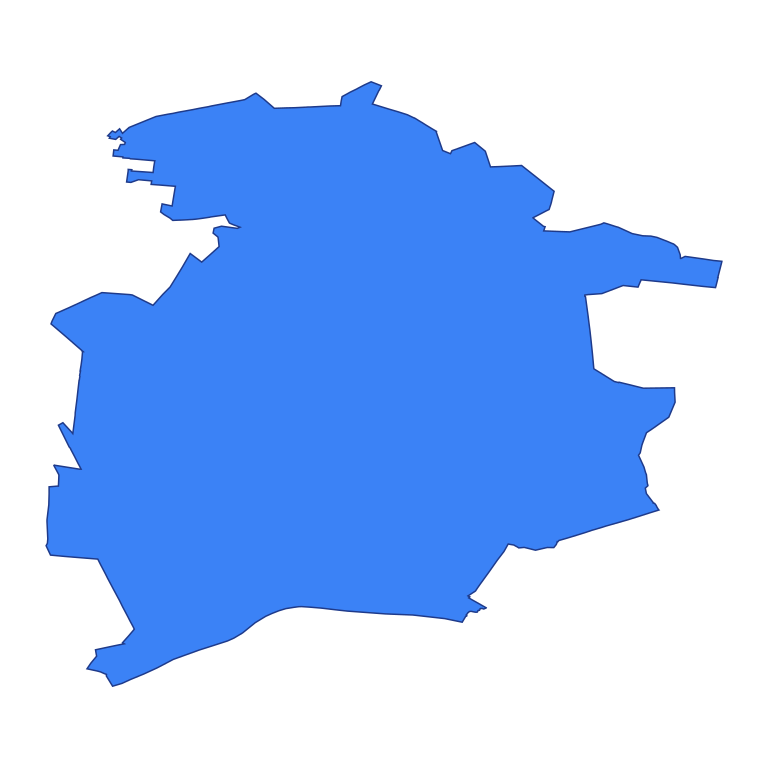 outline of Skrīveru pag., Skriveru, Latvia
{"feature_id": "27541924B66857212863076", "entity_name": "Skrīveru pag.", "entity_type": "district", "adm_level": 2, "iso_a3": "LVA", "parent_name": "Latvia", "parent_adm1": "Skriveru", "projection": "natural_earth1", "projection_center": [25.099, 56.672], "detail": "fine", "context": "isolated", "style": "filled", "palette": "blue", "viewbox_px": 768, "rotation_deg": 0, "n_neighbors": 0, "source": "geoboundaries", "source_scale": "gbopen_adm2", "svg_char_len": 5986}
<svg xmlns="http://www.w3.org/2000/svg" viewBox="0 0 768 768"><path d="M462.2,622.2L465.5,616.7L465.7,616.3L466.1,616.1L466.6,616.1L466.8,615.4L466.4,615.1L466.3,614.7L466.7,614.4L467.2,613.8L467.6,613.2L467.7,612.9L468.6,612.3L469.0,611.8L469.9,611.4L470.7,611.4L471.8,611.4L472.3,611.6L472.8,611.7L473.3,611.8L475.4,612.2L477.1,612.2L477.6,611.7L477.7,611.2L478.0,610.6L478.4,610.3L478.8,610.4L479.4,610.3L479.6,610.1L479.9,609.5L479.9,609.1L480.2,608.8L480.3,608.6L480.5,608.5L480.8,608.5L481.5,608.5L481.8,608.5L482.4,608.5L483.2,608.9L483.6,609.0L483.8,609.0L484.9,608.5L485.8,608.2L486.1,608.0L486.2,607.8L468.7,597.9L469.8,596.9L468.0,595.9L475.5,591.0L477.2,588.4L480.0,584.4L489.2,571.7L497.3,560.2L498.6,558.5L503.9,551.6L504.6,550.4L508.2,544.0L510.1,544.4L513.8,545.0L515.5,546.0L516.9,546.7L518.8,547.9L519.8,547.8L520.1,547.8L522.1,547.6L524.2,547.4L526.7,548.0L535.5,550.2L547.2,547.5L553.8,547.6L556.0,544.9L556.6,543.8L557.2,541.7L557.7,541.9L558.9,540.5L566.9,538.2L579.0,534.5L584.8,532.7L592.5,530.1L593.0,530.0L602.4,527.2L605.8,526.1L627.9,519.8L650.3,512.7L658.9,510.0L658.7,509.8L658.2,509.1L657.0,507.2L656.1,505.3L654.8,503.6L654.5,503.3L654.2,503.3L653.2,503.0L653.3,502.7L646.4,493.6L645.3,488.1L647.3,486.3L647.7,486.0L647.9,485.7L647.9,485.4L647.9,485.0L647.6,484.6L647.2,482.3L646.4,474.6L645.6,472.7L644.0,467.1L638.5,455.2L640.2,452.9L641.9,445.2L642.9,442.3L646.5,432.7L652.2,428.9L668.8,417.2L672.4,408.6L675.1,402.2L674.6,392.7L674.5,387.8L643.4,388.2L636.1,386.4L631.0,385.1L619.0,382.2L618.7,382.6L614.3,381.5L614.1,381.4L594.0,368.9L593.9,368.8L593.8,368.4L592.4,353.3L590.9,339.1L589.9,330.2L589.1,324.1L588.1,316.0L587.2,309.4L585.5,296.8L585.4,296.6L584.8,296.3L584.8,295.1L587.1,294.7L588.8,294.5L589.0,294.5L589.4,294.5L601.9,293.6L623.1,285.5L638.0,287.1L638.3,286.8L638.5,285.9L640.3,281.7L640.9,280.5L641.1,279.8L672.3,282.9L683.4,284.2L702.9,286.4L715.5,287.6L716.0,285.9L718.1,277.5L717.8,277.4L717.9,277.2L721.9,261.5L721.9,261.3L713.6,260.5L703.7,259.0L685.1,256.4L680.9,258.5L680.5,258.4L680.2,254.8L677.5,247.3L674.7,244.8L673.6,244.0L671.3,243.1L667.8,241.6L665.6,240.7L664.7,240.4L657.0,237.4L650.9,236.1L642.8,235.8L632.2,233.6L620.6,228.3L618.8,227.5L618.1,227.2L616.2,226.7L607.5,223.9L605.1,223.2L604.5,223.0L604.1,223.0L603.8,222.9L603.6,223.0L601.0,224.2L598.7,224.8L569.8,231.9L567.5,231.8L561.5,231.6L543.7,230.9L545.1,226.7L543.6,226.4L536.3,220.6L533.1,218.0L533.0,217.8L533.3,217.6L542.4,212.9L546.2,210.9L549.1,209.5L550.0,206.7L550.6,205.0L550.9,204.0L551.4,202.3L552.0,199.6L554.1,191.3L539.9,180.0L521.6,165.5L512.1,166.0L499.1,166.6L490.5,166.9L485.3,151.2L474.7,142.5L471.3,143.7L463.6,146.5L451.9,150.7L450.8,153.1L450.4,153.7L442.6,150.5L441.3,146.7L436.0,131.3L436.2,131.2L432.6,129.1L425.7,124.9L422.1,122.6L420.2,121.5L419.5,121.0L419.2,120.9L415.4,118.5L414.5,118.0L414.4,118.1L407.5,114.8L405.7,114.2L397.8,111.7L388.6,109.0L372.4,104.0L378.9,90.5L379.3,90.1L381.4,85.8L371.1,81.8L364.4,84.9L358.1,88.2L356.7,89.0L350.1,92.2L346.9,94.0L342.1,96.6L341.2,101.0L340.5,105.7L329.7,106.0L317.9,106.6L310.2,107.0L308.1,107.0L305.7,107.2L305.3,107.2L295.1,107.7L291.8,107.8L286.7,107.9L274.3,108.3L264.1,99.4L256.0,93.2L255.2,93.5L253.4,94.4L244.8,99.6L241.1,100.4L229.3,102.6L228.1,102.8L211.3,106.0L208.3,106.7L199.3,108.3L192.9,109.6L185.7,110.9L178.4,112.2L172.9,113.4L167.9,114.2L156.0,116.5L129.2,127.4L128.8,127.9L128.7,127.8L122.5,133.3L119.6,128.8L115.4,132.5L112.4,131.0L111.2,132.1L107.7,135.8L110.2,136.7L109.3,138.2L110.3,138.4L115.7,139.4L119.1,136.4L121.6,138.0L120.6,139.3L125.3,142.5L124.6,144.4L120.5,144.6L118.0,150.3L113.8,149.9L113.1,156.0L122.9,156.9L122.9,157.9L129.4,158.3L130.3,158.8L136.3,159.2L142.0,159.7L154.8,160.8L154.7,161.1L154.5,162.4L154.3,163.7L154.1,164.9L153.7,167.5L153.1,172.5L131.4,171.0L131.8,169.7L128.2,169.4L128.2,170.8L126.6,182.0L130.9,182.4L138.5,179.7L151.7,180.9L151.1,184.4L157.7,184.9L158.0,184.9L175.4,186.3L174.9,189.1L172.1,206.0L162.1,203.9L160.6,211.9L164.0,214.5L170.0,218.1L172.7,220.4L179.5,220.1L180.5,220.1L182.9,220.0L188.4,219.7L189.7,219.6L192.2,219.5L194.4,219.3L197.2,219.0L202.4,218.3L209.8,217.2L210.4,217.0L225.2,214.9L227.4,219.3L227.9,220.2L229.3,222.8L229.7,223.2L233.7,224.9L236.0,225.7L240.0,227.2L237.2,228.4L236.8,228.3L233.8,227.9L221.5,226.2L214.1,228.2L213.1,233.1L217.8,236.9L218.1,237.6L219.1,246.6L209.2,255.5L201.7,262.1L190.2,253.5L182.4,267.0L176.3,277.0L170.1,287.0L162.8,294.4L153.0,305.3L132.4,295.0L129.8,294.6L101.9,292.6L95.5,295.5L90.6,297.6L87.7,299.0L85.5,300.0L75.0,304.9L68.5,307.9L55.8,313.5L52.1,321.0L51.0,323.9L65.3,336.1L83.2,351.7L82.4,351.8L82.5,352.0L81.9,359.1L81.1,365.0L80.1,371.0L80.5,371.0L79.6,375.6L79.8,376.1L79.9,376.7L79.7,377.3L79.3,380.1L79.1,380.2L78.1,388.9L76.9,399.6L75.2,412.9L75.2,413.9L75.1,415.6L72.8,433.6L71.9,432.5L62.9,422.7L58.4,425.2L69.2,447.0L70.5,448.5L70.7,449.2L74.3,456.0L78.5,464.3L79.0,465.1L81.1,469.2L79.7,469.2L55.0,465.3L54.3,465.1L53.9,465.5L54.4,466.5L55.6,468.7L58.6,474.3L58.9,475.2L58.6,482.2L58.4,486.1L57.7,486.1L49.1,486.8L49.1,492.1L49.1,494.0L48.8,504.8L47.0,519.8L47.0,521.7L47.5,532.4L47.6,534.8L47.8,539.1L47.7,539.7L47.4,543.3L46.1,545.7L50.5,555.1L65.6,556.5L75.4,557.3L97.8,559.1L100.6,564.7L104.6,572.3L106.9,576.8L107.3,577.7L111.3,585.2L114.0,590.3L119.5,600.5L122.0,605.6L122.9,607.4L123.5,608.5L128.1,617.2L129.7,620.4L133.1,626.7L134.3,629.2L128.0,636.6L124.3,640.7L123.0,642.2L122.5,642.8L124.2,643.8L114.8,645.7L103.9,648.0L95.5,649.8L96.6,656.2L90.8,663.2L87.0,668.8L97.2,671.0L100.5,671.9L104.3,673.6L106.5,674.4L106.4,675.6L106.3,675.9L112.6,686.2L122.0,683.4L130.7,679.4L143.8,674.0L157.1,667.9L173.3,659.4L199.0,650.1L212.2,645.9L224.3,642.0L227.4,641.0L233.9,638.1L242.6,632.9L255.2,622.7L265.7,616.3L271.9,613.5L279.0,610.7L285.9,608.6L294.1,607.3L298.6,606.7L301.6,606.6L309.3,607.1L321.3,608.1L335.7,609.8L347.5,611.1L369.1,612.7L385.5,613.9L412.8,615.0L444.8,618.6L462.2,622.2Z" fill="#3b82f6" stroke="#1e3a8a" stroke-width="1.5"/></svg>